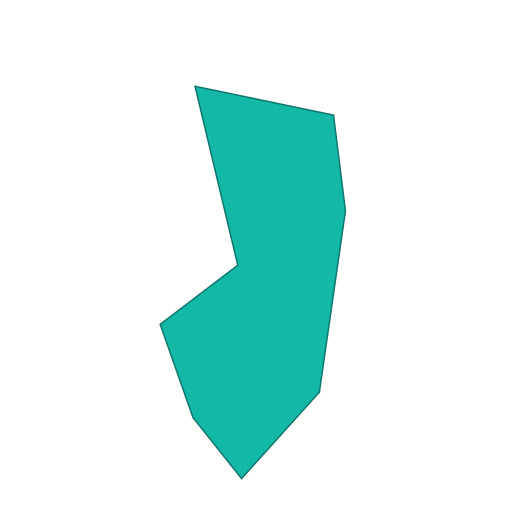 SVG path tracing the border of North Side, rotated 145°
{"feature_id": "AIA-5119", "entity_name": "North Side", "entity_type": "District", "adm_level": 1, "iso_a3": "AIA", "parent_name": "Anguilla", "parent_adm1": "", "projection": "equal_earth", "projection_center": [-63.042, 18.253], "detail": "fine", "context": "isolated", "style": "filled", "palette": "teal", "viewbox_px": 512, "rotation_deg": 145, "n_neighbors": 0, "source": "natural_earth", "source_scale": "10m", "svg_char_len": 278}
<svg xmlns="http://www.w3.org/2000/svg" viewBox="0 0 512 512"><g transform="rotate(145 256 256)"><path d="M111.7,326.9L156.9,241.6L282.2,108.1L395.5,82.0L400.3,159.7L373.7,255.0L276.2,258.9L208.6,430.0L111.7,326.9Z" fill="#14b8a6" stroke="#0f766e" stroke-width="1.5"/></g></svg>